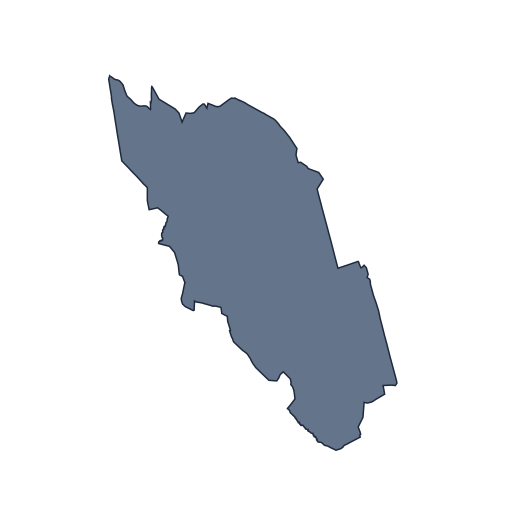 the district of Strazdes pag., Talsi, Latvia, rotated 78°
{"feature_id": "27541924B84613839028203", "entity_name": "Strazdes pag.", "entity_type": "district", "adm_level": 2, "iso_a3": "LVA", "parent_name": "Latvia", "parent_adm1": "Talsi", "projection": "equal_earth", "projection_center": [22.759, 57.138], "detail": "fine", "context": "isolated", "style": "filled", "palette": "slate", "viewbox_px": 512, "rotation_deg": 78, "n_neighbors": 0, "source": "geoboundaries", "source_scale": "gbopen_adm2", "svg_char_len": 5898}
<svg xmlns="http://www.w3.org/2000/svg" viewBox="0 0 512 512"><g transform="rotate(78 256 256)"><path d="M257.7,334.8L258.0,334.8L258.3,334.8L258.5,334.7L258.9,334.3L259.4,333.7L259.6,333.4L259.7,333.2L260.7,332.1L267.2,331.1L267.6,331.1L267.6,331.3L278.3,336.0L278.6,336.2L278.8,336.3L279.5,336.7L280.5,337.2L282.0,338.0L285.1,338.2L287.8,337.8L290.8,335.7L296.3,328.8L296.2,327.8L287.3,325.5L288.3,324.6L290.6,318.8L291.0,318.0L292.1,316.1L293.4,313.5L294.7,311.1L296.1,308.7L296.6,305.9L298.7,301.5L299.0,301.1L299.3,301.0L299.9,301.0L300.9,301.1L305.1,301.4L309.1,296.6L311.6,297.0L314.6,297.3L315.8,297.1L323.0,296.5L323.5,296.5L323.6,297.4L329.8,296.8L332.4,296.1L334.6,295.9L335.4,295.7L344.8,289.3L346.3,288.0L346.8,287.5L350.1,284.8L352.4,284.0L354.1,283.3L355.0,282.9L356.0,282.7L357.3,282.4L358.9,281.9L360.6,281.4L365.2,279.4L366.3,278.6L369.8,276.3L380.3,269.2L382.5,261.7L380.0,259.0L379.8,259.0L376.9,256.9L375.0,253.4L376.8,252.2L382.8,248.3L384.7,247.9L386.9,248.0L387.8,248.3L389.1,248.7L389.6,248.3L391.4,247.5L393.6,247.1L395.4,247.0L395.5,246.9L400.8,247.3L403.9,247.6L404.1,247.8L409.5,254.1L411.5,256.7L411.9,257.0L412.7,256.2L413.9,255.4L414.0,255.2L414.6,255.3L414.9,255.2L415.4,255.1L416.3,255.1L417.1,254.6L417.3,254.3L419.4,253.0L419.6,252.9L419.7,252.6L420.0,252.5L420.6,252.1L420.8,252.1L421.4,251.5L421.7,251.5L421.8,251.4L422.2,251.5L423.2,251.0L423.2,250.7L423.9,250.6L424.2,250.6L424.6,250.4L424.4,250.3L425.0,250.1L425.7,249.9L425.8,249.8L426.0,249.8L426.1,249.7L426.8,249.5L427.0,249.3L427.3,249.3L427.2,249.1L427.8,248.9L427.7,248.8L427.8,248.2L428.2,248.1L428.7,248.2L429.0,248.0L429.6,248.1L429.8,247.7L430.2,247.7L430.7,247.5L431.2,247.1L431.2,246.8L430.8,246.7L431.1,246.2L431.1,245.8L431.4,245.3L431.8,245.2L432.2,244.8L432.7,244.7L432.9,244.7L433.4,244.2L433.7,244.2L434.0,244.0L434.3,244.0L434.9,243.5L435.6,243.4L435.7,243.0L435.7,242.7L436.6,241.7L436.6,241.2L437.5,241.6L437.6,241.3L438.3,241.2L438.8,240.4L439.3,239.8L439.8,239.7L440.5,239.0L441.0,238.3L441.1,238.0L441.3,237.3L441.9,237.4L442.2,237.0L443.6,237.2L443.9,237.1L444.2,236.4L444.9,236.5L445.0,235.6L445.5,235.7L445.6,235.2L446.4,235.2L446.7,234.8L447.8,234.5L448.2,234.9L448.4,234.5L448.8,234.3L449.2,234.7L450.8,234.0L452.0,230.7L455.4,228.4L456.7,225.6L457.2,224.9L458.6,223.3L459.6,222.1L461.1,220.0L462.6,218.2L462.1,213.1L461.0,210.6L460.2,210.2L459.4,208.4L458.5,204.6L458.3,204.2L454.8,191.7L452.9,191.8L452.2,190.7L449.6,190.8L444.5,191.6L436.0,184.9L421.7,180.7L423.0,177.7L422.9,173.3L422.1,171.0L421.1,168.5L417.9,158.9L409.1,158.6L410.5,150.1L411.7,146.7L409.7,144.6L406.9,144.5L395.6,145.1L383.0,145.8L370.1,146.3L359.0,146.9L358.5,146.9L358.0,146.9L352.4,147.1L346.1,147.4L343.6,147.5L341.1,147.5L338.8,147.5L336.9,147.5L335.1,147.5L332.9,147.7L329.9,148.0L327.5,148.2L325.0,148.5L322.3,148.9L318.9,149.3L315.3,149.5L310.1,149.8L308.7,149.9L307.1,149.9L306.4,149.8L305.0,149.5L304.7,149.5L302.4,149.6L300.2,151.8L297.2,150.1L290.4,150.5L287.5,152.2L289.3,154.9L289.4,155.8L284.3,156.9L283.6,156.7L282.5,157.3L283.8,167.7L285.0,178.4L272.1,179.0L259.5,179.5L243.9,180.3L224.8,181.3L224.0,181.4L218.0,181.6L212.6,181.9L210.7,182.0L203.2,182.3L194.8,174.2L187.3,177.3L181.4,186.7L178.9,187.7L173.6,192.8L173.4,195.3L168.9,195.7L165.6,195.9L161.2,194.3L159.4,193.6L151.0,196.9L146.7,198.5L145.1,199.4L139.5,202.1L134.1,205.4L131.4,206.5L127.9,208.5L126.4,209.5L125.3,210.6L119.7,217.0L118.1,218.5L117.2,219.9L116.5,220.7L106.4,232.4L103.8,235.0L100.3,239.6L100.5,239.7L100.4,240.0L99.2,241.2L97.8,243.0L97.3,243.5L97.5,243.6L96.4,247.4L96.8,248.3L98.0,251.2L102.0,259.9L102.1,262.3L101.9,262.3L101.4,264.2L101.0,264.7L99.2,267.4L96.9,270.9L97.2,271.1L96.9,271.3L101.2,273.3L96.7,274.9L96.3,276.4L96.4,276.5L98.4,280.6L103.0,286.7L102.9,290.5L101.6,294.7L109.7,300.5L100.2,301.6L95.4,304.5L82.4,318.3L69.1,322.3L68.5,322.7L68.6,322.8L70.6,323.4L72.6,323.8L75.0,324.5L79.9,325.5L80.9,325.6L84.5,327.1L84.0,327.4L90.4,328.6L90.8,328.8L89.1,330.2L88.7,330.3L88.0,330.8L87.3,331.3L86.8,331.8L86.5,332.3L86.2,333.1L85.8,334.6L85.7,335.6L85.6,336.9L85.4,337.7L85.1,338.7L84.6,339.7L84.0,340.7L83.4,341.3L82.2,342.6L80.9,343.6L80.2,344.1L78.5,345.0L77.2,345.7L76.8,346.0L76.5,346.2L73.7,348.3L72.9,348.8L72.0,349.1L71.5,349.2L67.3,349.9L65.6,350.1L64.1,350.2L62.7,350.4L61.5,350.4L60.9,350.6L60.1,350.9L59.3,351.4L58.6,351.8L57.6,352.3L57.4,352.3L57.1,352.6L56.3,353.2L55.9,353.6L55.5,354.1L55.3,354.5L55.0,354.8L54.5,356.2L54.0,357.0L53.6,357.6L52.9,358.3L51.0,360.0L50.0,361.0L49.6,361.6L49.4,361.7L49.6,361.8L51.2,362.7L52.3,363.3L53.9,363.4L65.6,364.0L70.1,364.2L71.5,364.6L77.7,364.9L84.8,365.0L87.1,365.1L93.1,365.5L99.9,365.8L106.0,366.2L115.6,366.6L120.0,366.8L125.4,367.1L135.0,367.5L138.4,365.4L141.3,363.6L142.7,362.7L143.2,362.4L148.9,359.0L151.9,357.0L155.7,354.7L161.9,351.2L164.3,349.5L166.6,348.1L179.4,350.8L188.5,350.9L188.4,342.2L190.9,340.0L197.6,334.7L198.8,333.6L200.4,334.5L200.8,334.9L201.2,335.2L201.9,335.2L202.6,335.5L203.6,335.8L203.9,336.0L204.3,336.5L204.8,337.2L205.0,337.3L205.8,337.5L206.8,338.1L207.9,338.5L208.4,338.6L208.5,338.8L208.3,339.3L207.9,339.4L207.9,339.6L208.2,339.8L208.5,340.0L208.8,340.2L209.0,340.4L209.6,340.5L210.1,340.4L210.4,340.4L210.7,340.7L210.8,340.9L210.8,341.2L210.7,341.4L211.0,341.7L211.5,341.9L211.8,342.1L212.2,342.2L212.5,342.1L213.0,342.1L213.4,342.4L213.7,342.6L213.7,342.8L213.8,343.0L213.9,343.3L214.4,343.6L215.4,343.8L216.5,344.1L217.4,344.1L218.2,344.0L218.9,343.7L219.2,343.4L219.7,343.5L220.0,343.8L220.3,344.0L220.9,344.1L221.1,344.2L221.4,344.6L221.4,345.0L221.1,345.4L220.9,345.5L221.1,345.8L221.2,346.0L221.1,346.5L221.3,346.5L221.2,346.9L221.3,347.0L221.6,346.9L221.8,347.2L221.8,347.7L221.9,348.0L222.0,348.2L223.1,348.6L223.6,348.6L224.5,346.8L227.0,341.8L228.5,338.7L234.7,335.4L235.2,335.1L235.8,334.9L246.1,334.0L248.5,333.9L257.7,334.8Z" fill="#64748b" stroke="#1e293b" stroke-width="1.5"/></g></svg>